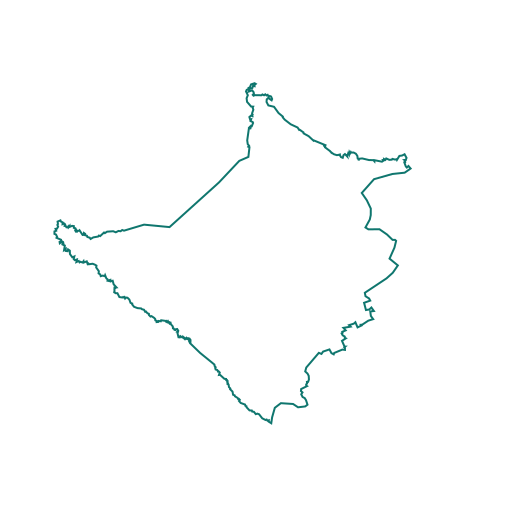 outline of Lanao del Sur, Lanao del Sur, Philippines, rotated 157°
{"feature_id": "2640588B65127685102762", "entity_name": "Lanao del Sur", "entity_type": "district", "adm_level": 2, "iso_a3": "PHL", "parent_name": "Philippines", "parent_adm1": "Lanao del Sur", "projection": "natural_earth1", "projection_center": [124.133, 7.782], "detail": "fine", "context": "isolated", "style": "outline", "palette": "teal", "viewbox_px": 512, "rotation_deg": 157, "n_neighbors": 0, "source": "geoboundaries", "source_scale": "gbopen_adm2", "svg_char_len": 6136}
<svg xmlns="http://www.w3.org/2000/svg" viewBox="0 0 512 512"><g transform="rotate(157 256 256)"><path d="M313.7,104.2L311.3,101.3L310.1,101.3L309.8,99.9L308.4,99.8L309.0,98.5L307.3,96.1L304.2,101.2L298.0,108.9L290.6,110.8L279.7,105.3L276.4,100.3L269.5,98.3L266.7,99.0L266.3,103.7L266.7,106.2L268.2,108.0L268.4,111.0L266.5,112.3L267.4,114.1L266.4,115.9L259.9,116.3L260.4,117.1L260.0,118.2L258.8,118.7L258.3,120.2L257.2,119.8L255.5,121.7L254.3,125.1L254.5,127.6L255.8,130.5L253.3,133.7L236.0,142.3L234.0,140.3L231.6,141.8L224.9,141.3L224.5,137.1L222.9,135.1L221.9,136.2L213.0,136.1L210.8,134.8L210.1,136.5L210.4,137.5L209.3,137.8L209.9,138.1L210.0,144.3L205.5,145.1L206.2,145.9L205.8,147.2L207.2,149.1L207.4,151.3L206.3,151.5L206.2,152.5L202.5,152.5L203.6,155.7L196.5,154.0L197.3,156.0L192.4,155.5L190.4,156.2L190.4,150.6L186.1,150.8L186.3,151.7L185.0,151.3L177.9,152.6L172.8,152.1L173.7,155.9L172.5,160.3L169.0,159.3L169.9,163.5L172.6,162.5L175.9,163.3L174.8,170.7L168.3,170.3L168.5,172.7L170.9,176.2L170.2,179.6L144.6,184.4L136.7,187.1L129.1,191.9L134.1,201.4L125.3,209.6L121.1,215.2L121.7,216.5L124.0,217.5L127.0,224.6L131.9,232.4L142.1,236.6L144.1,239.5L137.0,245.1L134.4,248.8L131.8,254.8L132.2,263.9L134.0,272.7L117.3,280.6L98.4,278.2L86.6,274.6L79.5,276.1L80.5,279.3L82.6,278.5L83.1,279.9L82.9,284.2L82.1,284.1L81.9,285.3L81.4,285.4L81.9,286.4L80.5,286.0L79.1,287.5L79.5,291.6L82.2,291.4L84.9,292.1L88.7,289.4L88.7,290.2L90.3,290.4L92.5,292.1L93.3,291.6L95.7,292.4L98.0,294.9L99.2,294.0L100.2,295.2L100.5,294.1L101.7,294.7L101.7,293.9L103.2,293.6L109.5,297.9L110.0,296.9L110.5,298.4L114.4,300.1L120.1,304.3L123.0,305.2L124.3,303.8L123.6,304.9L124.3,306.0L123.6,308.5L124.1,311.1L125.7,313.1L128.0,314.0L128.1,314.6L129.4,313.6L129.5,315.0L130.9,312.8L131.1,314.4L131.9,313.5L133.0,313.5L133.2,312.2L134.3,315.1L136.1,314.6L137.8,312.5L139.1,313.8L139.4,315.9L140.1,315.3L139.2,316.6L142.1,317.2L144.5,319.2L145.8,321.2L146.7,320.9L146.0,321.6L147.0,323.6L147.7,323.4L147.0,323.9L150.0,329.1L149.0,330.5L151.0,330.9L149.3,331.4L157.6,339.8L157.6,338.8L160.7,345.7L164.3,350.3L164.0,351.2L166.9,355.8L166.5,355.2L167.0,355.2L167.5,358.0L172.6,363.7L176.3,370.3L177.2,373.2L176.8,373.8L179.4,378.8L181.1,386.3L185.8,389.8L186.1,393.7L184.9,396.0L183.0,396.7L180.8,393.2L179.8,394.2L179.8,396.9L180.8,397.9L182.1,397.4L182.3,399.8L183.6,399.7L184.3,401.2L185.8,400.8L187.0,402.2L188.1,401.8L194.2,404.5L195.6,404.5L196.0,405.6L194.5,406.3L194.2,407.8L194.8,410.0L198.5,410.2L196.4,412.5L193.7,412.1L192.2,413.8L191.0,412.9L190.7,414.0L189.0,414.5L189.8,415.6L193.5,415.9L195.9,413.5L197.2,413.7L198.1,412.4L199.6,412.6L200.9,411.4L200.7,407.2L203.0,404.9L204.0,401.4L202.1,395.5L200.3,394.6L201.1,393.9L201.3,391.7L203.9,388.8L204.6,386.2L205.1,386.6L204.5,387.1L205.4,387.3L207.8,386.5L208.1,383.7L207.1,383.7L208.3,382.3L206.7,380.6L206.7,379.6L209.1,377.2L209.7,377.7L210.7,376.4L211.1,377.3L212.3,376.8L212.2,376.0L212.7,376.2L218.9,365.9L219.9,362.2L219.3,360.3L220.4,359.6L219.5,358.7L224.3,350.2L234.2,350.1L261.3,338.2L324.3,316.4L346.8,328.6L367.6,330.9L369.0,332.2L371.0,331.7L372.8,332.8L375.8,332.6L377.8,334.6L383.6,336.6L386.2,336.1L386.7,337.0L391.7,335.2L392.6,336.2L393.7,335.6L398.5,336.7L401.6,336.3L401.9,337.8L403.8,339.4L403.7,340.7L405.2,341.9L404.6,343.1L405.4,344.4L406.4,342.8L407.4,343.1L408.4,348.6L409.0,348.3L410.4,349.0L411.2,348.3L412.3,348.8L412.4,350.3L411.3,350.4L411.4,352.1L412.7,353.1L412.0,354.7L413.5,355.6L416.1,355.6L415.8,356.5L417.5,355.6L417.4,356.5L418.2,356.0L419.3,356.5L419.4,357.9L420.3,358.4L419.4,359.3L419.5,360.1L420.2,360.2L420.2,361.2L421.6,361.0L420.9,362.6L422.1,363.9L422.1,365.2L425.2,365.2L425.8,362.8L426.7,362.2L426.7,360.3L428.6,358.9L429.9,359.3L430.0,357.3L431.9,357.4L432.9,355.1L431.7,353.9L431.6,351.4L432.5,350.7L429.1,347.1L429.5,345.7L431.3,345.7L431.6,344.4L428.8,345.2L428.1,344.2L428.4,342.8L429.1,343.2L429.7,342.3L427.9,340.3L430.3,336.5L428.3,337.0L429.2,335.0L427.5,334.0L426.4,335.5L425.3,333.7L426.5,330.5L425.6,326.6L423.4,326.6L425.0,324.4L424.4,323.0L422.2,322.8L423.7,320.6L421.1,320.7L420.9,319.1L419.9,319.3L418.2,317.8L416.8,318.6L417.1,317.3L413.9,317.2L414.2,313.3L413.3,314.8L412.7,313.6L409.4,312.7L407.8,311.1L406.6,309.5L407.6,307.9L406.6,303.4L407.7,301.5L406.6,299.9L406.8,298.1L404.6,297.8L403.2,296.5L402.4,297.3L402.5,293.9L401.8,292.6L402.3,291.3L400.7,291.1L401.0,290.3L400.5,290.0L399.4,290.5L399.6,289.4L397.6,289.2L398.1,285.5L396.7,281.6L398.4,282.1L398.3,281.3L399.2,281.1L400.0,278.9L400.6,279.4L400.2,278.7L400.7,278.0L399.6,276.5L398.1,275.9L397.8,271.6L395.2,270.0L394.4,270.2L394.1,269.6L393.1,269.7L393.1,268.0L391.8,268.5L390.6,267.8L389.6,265.4L389.8,261.9L388.5,260.6L388.9,259.8L388.1,256.9L385.4,254.3L382.2,252.6L381.8,251.6L380.1,250.3L379.8,247.9L379.0,247.9L378.3,245.7L377.2,244.7L377.6,243.5L376.8,241.5L375.7,241.5L373.9,238.8L373.4,237.4L373.8,236.1L372.9,235.1L373.3,234.0L371.7,233.5L371.1,234.3L369.1,233.1L368.4,233.9L364.6,231.6L364.4,230.7L363.8,231.0L363.5,229.8L362.5,230.4L362.4,229.3L361.7,229.0L362.2,228.3L361.9,227.4L360.8,227.6L361.0,226.4L360.1,223.7L360.7,221.9L360.1,221.5L359.9,219.9L359.2,219.4L358.9,220.0L357.1,219.6L356.8,217.7L358.2,217.0L357.6,216.5L358.4,215.7L359.1,211.5L358.4,211.1L358.1,211.8L357.5,211.1L356.9,211.7L355.6,209.7L354.9,209.4L354.6,210.0L353.7,208.3L354.4,208.2L353.9,207.1L352.2,207.8L352.2,206.9L350.8,206.7L351.2,206.0L350.7,205.6L350.6,206.6L349.9,206.0L350.2,205.3L349.4,205.6L349.1,204.3L349.7,203.0L350.1,203.9L350.8,203.5L350.8,201.6L345.3,188.6L336.7,172.3L337.1,171.1L336.6,169.4L337.3,169.0L337.5,167.3L336.2,166.2L336.1,164.5L335.5,164.5L334.9,162.9L336.5,161.0L335.6,160.8L333.1,155.3L331.6,154.5L331.9,153.6L331.3,153.3L331.6,152.5L331.0,151.9L331.9,150.6L331.5,149.8L332.2,149.3L331.5,148.2L332.1,145.9L331.4,144.1L331.9,143.5L330.6,140.4L331.3,137.2L330.1,136.1L330.2,135.1L328.3,132.4L328.3,131.3L327.5,131.1L327.1,129.9L328.3,129.2L327.5,126.7L324.1,123.5L324.3,122.2L323.5,121.4L323.8,120.5L322.3,116.4L320.2,115.4L320.3,114.3L318.8,113.4L318.0,110.5L316.4,110.4L315.0,109.1L313.7,104.2Z" fill="none" stroke="#0f766e" stroke-width="2"/></g></svg>